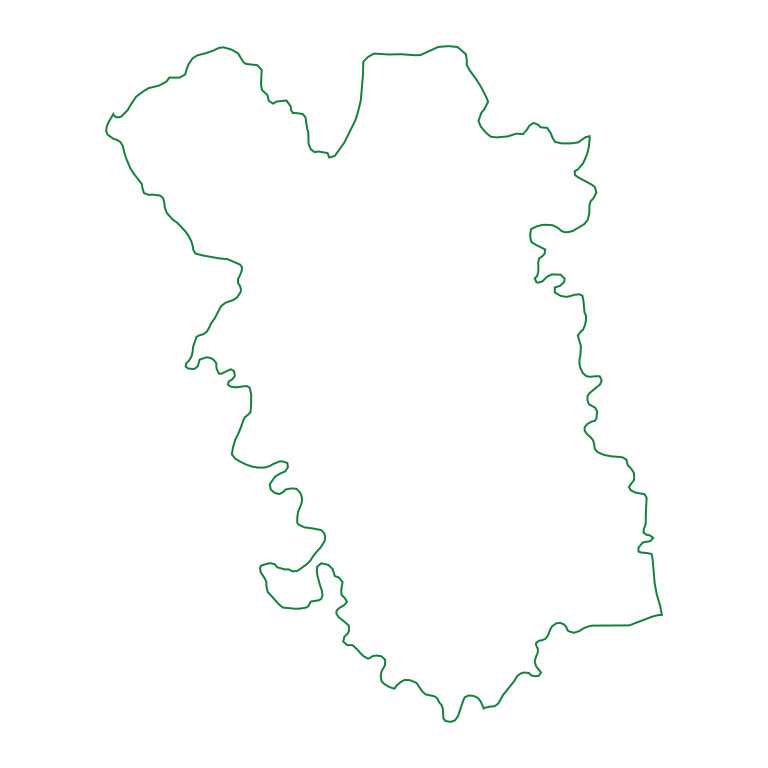 the district of Barysaw, Minsk, Belarus
{"feature_id": "67162791B39606099444015", "entity_name": "Barysaw", "entity_type": "district", "adm_level": 2, "iso_a3": "BLR", "parent_name": "Belarus", "parent_adm1": "Minsk", "projection": "albers", "projection_center": [28.522, 54.3], "detail": "fine", "context": "isolated", "style": "outline", "palette": "green", "viewbox_px": 768, "rotation_deg": 0, "n_neighbors": 0, "source": "geoboundaries", "source_scale": "gbopen_adm2", "svg_char_len": 6083}
<svg xmlns="http://www.w3.org/2000/svg" viewBox="0 0 768 768"><path d="M457.5,47.0L448.4,46.1L438.1,47.0L420.4,55.1L414.5,55.2L401.0,54.2L389.2,54.5L373.9,53.6L368.0,57.0L363.3,61.7L363.0,74.5L360.8,100.4L358.0,111.9L355.5,120.0L344.2,142.8L334.8,155.9L329.2,157.5L327.6,153.1L318.6,151.5L314.5,152.1L310.8,149.3L308.6,144.0L308.3,132.4L307.1,128.4L305.5,117.4L302.7,114.0L296.5,113.1L292.7,113.0L290.9,109.6L290.9,106.8L286.5,100.5L276.8,101.5L273.1,103.6L268.7,100.8L267.5,95.2L261.9,89.9L261.0,84.2L261.7,69.9L257.3,65.2L245.8,63.9L243.3,62.0L238.0,53.3L231.2,49.5L223.4,47.3L219.0,47.9L213.7,50.4L206.2,53.1L197.5,55.3L192.8,58.1L188.7,64.0L186.8,68.6L185.2,74.5L179.6,77.6L169.3,77.6L166.5,81.6L159.0,85.6L148.7,88.1L143.6,91.1L136.1,96.7L129.8,106.3L127.9,109.8L121.6,116.3L119.7,117.2L116.0,117.2L113.5,115.0L113.3,114.2L108.7,121.9L106.8,126.2L106.1,131.0L107.6,134.6L113.2,138.7L117.3,140.0L120.5,142.2L123.0,146.4L124.2,151.9L125.9,157.7L130.2,168.0L134.0,174.0L141.6,183.7L142.8,189.3L144.0,193.1L148.4,194.8L153.4,194.7L160.0,195.5L163.2,198.2L164.6,204.5L164.7,207.1L166.7,212.8L172.3,219.2L177.6,223.1L185.1,231.1L188.9,236.3L191.4,241.6L192.8,246.2L193.2,249.6L195.4,253.5L202.0,255.3L219.2,258.4L227.6,259.2L239.9,264.5L242.1,267.5L241.5,271.4L239.4,276.6L238.0,279.1L238.0,283.0L239.9,285.8L241.1,290.1L240.3,292.7L236.8,297.7L233.2,300.0L225.4,302.8L221.1,306.1L214.7,318.4L211.2,323.1L209.0,328.0L206.8,331.6L203.5,334.2L199.4,335.3L196.5,336.8L193.0,347.2L192.7,351.4L191.7,355.9L189.1,360.5L186.2,363.4L185.7,366.6L188.4,368.6L194.3,369.0L197.8,366.3L199.6,359.6L206.5,357.3L210.4,357.9L213.8,360.0L216.3,363.3L216.3,365.9L216.6,368.5L218.8,373.6L221.3,373.7L230.7,369.3L233.9,371.0L234.9,375.9L232.6,379.0L228.6,381.7L228.0,384.7L230.7,386.6L235.5,387.4L246.8,386.0L249.6,387.6L251.2,394.3L251.1,405.8L250.5,412.2L247.7,415.0L244.7,417.4L242.9,421.5L241.0,427.1L238.2,433.9L235.5,439.2L233.2,446.6L231.8,454.3L235.1,458.5L239.8,461.5L246.5,464.7L252.3,466.6L258.3,467.6L264.0,467.6L269.5,466.2L272.8,464.2L279.9,461.3L282.4,461.4L287.3,462.9L287.9,467.2L285.2,471.4L280.3,473.5L275.1,476.6L269.7,484.4L270.8,489.6L274.6,492.9L279.5,494.1L283.7,491.6L285.8,489.4L291.6,488.4L296.6,488.8L300.1,492.7L301.5,495.7L302.1,500.3L301.3,504.0L298.0,512.1L297.3,517.6L297.2,522.4L298.4,524.5L304.2,527.3L313.1,528.5L321.3,530.1L324.1,533.2L325.2,536.4L324.7,540.8L323.0,543.8L320.3,547.9L317.3,551.0L312.7,556.8L310.6,560.3L307.9,563.1L305.4,565.2L297.1,571.1L292.3,571.3L288.9,569.4L284.9,569.4L277.2,567.3L274.5,564.1L270.4,563.2L266.8,563.8L261.1,565.7L260.0,568.0L260.8,572.4L264.9,578.6L266.4,582.2L266.4,586.0L267.7,591.9L279.3,604.7L282.8,607.5L294.4,608.7L299.5,608.7L306.0,607.6L308.3,606.3L310.7,601.6L319.1,600.2L321.3,598.8L322.5,595.3L321.9,590.9L320.0,585.2L317.4,575.6L316.8,571.0L317.2,566.6L321.3,563.3L328.3,564.9L332.8,569.2L333.2,571.2L334.9,576.1L338.8,577.5L342.6,582.1L341.2,590.0L341.5,594.9L344.9,598.2L347.0,601.7L344.0,605.3L339.6,607.8L336.6,610.5L336.4,613.8L338.8,617.3L344.3,621.6L348.9,625.7L348.9,631.2L347.7,633.6L344.4,636.7L343.2,641.6L347.3,645.1L352.5,645.1L357.5,649.7L360.4,653.2L363.7,656.3L367.8,658.5L369.7,658.2L372.2,656.3L376.6,655.5L381.4,656.3L385.2,659.8L385.0,665.2L381.5,671.5L380.7,676.1L381.5,681.1L383.9,683.7L389.3,687.0L394.5,688.7L396.7,685.4L401.0,681.8L404.5,680.0L410.1,680.2L416.5,682.9L422.0,691.1L425.5,694.4L434.4,696.3L437.2,698.2L439.3,702.5L441.5,705.0L442.9,709.0L443.4,718.4L445.5,721.0L450.5,721.9L455.1,720.3L458.1,715.9L463.0,701.2L464.7,697.4L468.4,695.5L473.6,695.9L478.0,698.0L480.9,701.9L483.7,708.5L484.2,708.0L489.4,706.7L494.8,706.2L498.3,703.5L503.0,695.1L514.3,681.0L517.0,676.3L520.7,673.5L523.9,672.5L528.8,673.0L531.3,675.5L535.3,676.2L538.7,675.9L541.0,672.5L536.0,666.1L534.7,661.6L536.0,656.7L537.7,653.0L537.9,649.0L536.2,645.6L536.1,642.9L539.4,640.6L541.6,640.4L545.3,638.9L548.0,635.4L549.9,630.2L551.9,626.5L556.3,623.3L560.0,622.8L564.2,624.5L566.4,627.4L567.2,629.6L568.4,631.1L573.9,632.8L579.3,631.1L583.0,628.6L587.2,626.8L592.3,625.6L629.3,625.4L651.7,616.8L658.1,615.1L661.9,614.9L660.0,605.2L656.8,594.6L654.7,583.5L652.6,559.2L651.6,554.0L646.9,553.0L641.7,552.6L638.5,551.6L638.5,547.4L642.9,542.5L650.3,541.1L653.2,537.9L649.7,535.3L646.5,534.8L643.5,532.6L643.7,529.6L645.7,523.8L645.8,514.4L646.6,497.7L644.5,494.2L635.2,492.5L630.8,490.2L628.9,487.2L630.6,484.4L633.9,480.4L634.2,477.3L633.9,472.9L631.2,468.7L627.7,465.1L626.4,459.6L622.1,457.2L611.3,456.3L604.3,455.0L597.7,452.2L594.7,448.7L594.1,443.7L592.8,439.8L590.3,437.0L587.1,434.2L584.7,430.9L584.6,427.3L587.5,423.9L591.6,421.6L594.9,420.9L596.3,418.7L597.2,411.5L595.0,407.6L589.0,404.3L587.4,400.2L587.7,395.7L589.9,392.8L600.0,384.5L601.7,380.5L599.8,376.3L596.2,376.2L590.0,376.8L586.2,376.1L582.9,373.1L580.4,368.1L579.4,363.7L579.5,359.6L580.4,355.4L580.9,346.1L577.8,335.5L581.4,330.9L583.0,329.8L585.0,325.1L585.9,320.7L586.1,316.0L584.5,312.4L583.5,301.3L582.4,295.7L579.4,294.3L574.4,294.8L570.0,296.2L566.4,296.9L560.7,295.9L554.8,292.5L554.8,287.5L560.1,285.8L564.1,282.0L564.7,278.7L560.7,274.7L551.9,274.4L546.9,276.8L542.5,281.3L538.0,282.7L536.4,282.1L534.7,278.4L537.0,276.2L538.3,271.9L538.4,267.1L538.1,262.9L539.2,258.2L541.8,256.7L544.5,253.9L545.2,249.5L536.0,244.9L531.3,241.9L530.2,236.8L530.3,233.7L531.1,229.1L536.7,226.4L542.2,224.9L547.3,224.8L552.8,225.3L558.0,227.9L561.1,230.7L564.2,232.1L568.6,232.1L573.3,230.7L584.2,224.2L587.6,220.1L589.3,213.4L589.4,205.7L590.5,201.5L593.9,197.6L596.4,192.6L594.9,187.1L591.5,184.5L578.8,177.7L575.2,175.2L574.6,171.3L578.0,169.3L583.1,163.3L585.4,158.2L587.4,153.2L588.8,146.9L589.7,138.6L589.6,136.2L585.7,137.1L578.2,142.4L571.0,143.4L561.7,143.4L555.1,141.9L552.9,138.5L550.7,133.2L547.2,127.9L540.7,127.3L538.2,124.8L533.5,122.9L529.4,125.7L526.6,130.1L522.9,134.2L516.6,133.6L507.6,136.4L496.7,137.4L491.0,136.8L486.3,133.1L480.7,126.5L478.5,120.9L481.3,112.8L484.1,109.6L488.1,101.8L486.6,97.8L481.2,87.2L476.5,79.7L469.7,70.4L466.8,65.1L466.8,60.1L465.9,54.2L457.5,47.0Z" fill="none" stroke="#15803d" stroke-width="2"/></svg>